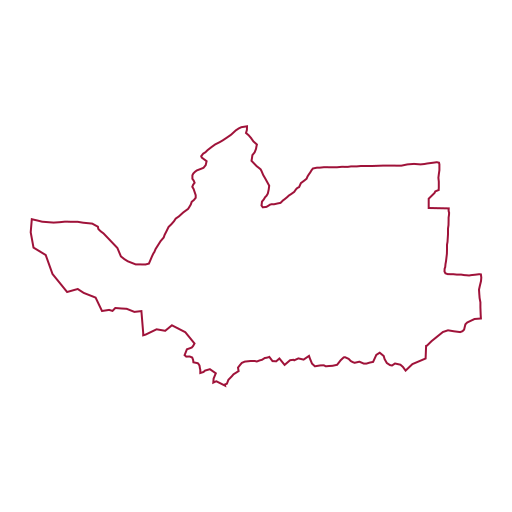 Odeda, Ogun, Nigeria (Albers equal-area conic projection)
{"feature_id": "59680162B82944797684000", "entity_name": "Odeda", "entity_type": "district", "adm_level": 2, "iso_a3": "NGA", "parent_name": "Nigeria", "parent_adm1": "Ogun", "projection": "albers", "projection_center": [3.501, 7.325], "detail": "fine", "context": "isolated", "style": "outline", "palette": "rose", "viewbox_px": 512, "rotation_deg": 0, "n_neighbors": 0, "source": "geoboundaries", "source_scale": "gbopen_adm2", "svg_char_len": 4349}
<svg xmlns="http://www.w3.org/2000/svg" viewBox="0 0 512 512"><path d="M31.8,219.2L30.7,232.3L33.5,247.6L45.7,255.0L52.5,274.0L67.1,292.0L77.7,289.0L83.7,292.9L95.6,297.6L102.0,311.0L109.1,309.9L112.5,310.9L115.3,308.0L121.5,308.5L126.7,308.8L134.4,311.9L141.4,311.1L143.2,333.0L143.2,335.3L145.6,334.6L156.6,329.3L165.2,330.8L171.9,325.3L185.3,332.2L194.5,343.5L193.1,346.0L191.8,347.5L190.3,348.1L186.9,349.3L184.7,354.9L184.6,355.1L186.2,356.6L189.7,356.5L192.2,357.5L193.1,359.9L193.4,362.3L197.8,363.2L198.8,364.4L199.5,365.6L200.0,368.8L200.3,369.8L200.3,373.0L203.5,372.0L205.0,370.6L209.9,369.2L215.8,373.3L213.6,378.6L213.3,382.6L215.2,381.7L216.4,381.3L225.1,385.7L224.9,384.5L226.9,383.7L228.4,379.8L231.9,376.2L233.5,374.3L238.6,371.1L238.0,367.6L240.1,364.9L241.8,362.9L244.8,361.6L248.7,361.2L250.5,361.0L254.8,361.0L256.8,361.5L260.0,360.3L262.0,359.8L264.8,358.0L266.3,357.8L268.7,357.2L269.3,356.9L272.5,361.1L276.2,361.3L279.4,358.5L284.6,364.9L290.1,360.2L293.5,359.8L294.2,360.3L298.4,358.4L303.6,359.6L309.0,355.9L309.9,358.5L312.0,363.6L314.9,366.3L320.4,365.4L323.8,365.3L325.8,366.3L329.1,366.0L332.5,365.8L337.1,364.8L340.7,360.2L343.7,357.4L345.0,357.2L348.7,358.9L350.7,361.0L352.7,362.1L354.6,362.8L359.4,361.7L363.8,363.6L366.4,363.6L369.7,362.6L373.1,361.9L376.3,354.9L379.7,352.7L383.7,356.0L384.6,359.1L386.8,363.0L390.0,365.1L392.0,365.5L395.0,363.5L400.4,364.7L402.9,366.9L405.6,370.6L412.4,364.1L425.6,358.5L426.1,345.9L427.0,345.6L431.7,341.0L442.9,332.0L448.0,330.3L454.0,331.3L460.2,332.1L462.5,331.2L464.1,329.6L465.4,324.3L467.2,322.5L474.5,319.0L480.9,318.5L480.7,315.1L480.4,307.3L480.4,302.3L480.0,300.2L479.6,298.0L479.3,294.2L479.0,289.6L479.8,286.0L481.0,281.1L481.3,277.6L480.9,274.4L479.2,274.2L475.3,274.7L471.3,275.1L469.1,275.5L467.1,275.3L464.3,275.1L461.2,274.6L456.8,274.6L453.3,274.2L450.7,274.2L447.6,274.1L445.4,273.3L445.1,272.7L444.5,271.5L444.6,268.8L445.2,267.1L445.5,264.0L446.0,261.3L446.9,253.8L447.0,249.8L447.0,247.2L447.0,244.7L447.5,241.9L448.0,234.3L448.0,232.6L448.0,228.6L448.1,227.8L448.5,225.1L448.6,219.7L448.6,217.5L449.0,214.9L449.1,212.7L448.6,210.9L448.7,208.4L428.7,208.0L428.7,198.7L434.5,193.0L435.3,191.4L438.7,190.0L438.7,189.6L438.8,187.3L438.8,186.5L438.8,186.0L438.8,184.3L438.8,181.7L438.4,177.7L438.9,173.7L439.4,170.2L439.4,167.5L439.4,164.4L439.0,162.7L436.8,162.2L433.3,162.7L427.1,163.5L424.5,164.0L420.5,164.4L414.0,163.9L407.4,164.4L401.2,165.7L392.8,165.6L389.6,165.6L388.5,165.6L383.2,165.6L372.2,166.0L366.9,166.0L361.1,166.0L360.8,166.0L356.8,166.4L351.1,166.4L347.6,166.9L341.9,166.8L336.6,167.3L323.9,167.2L319.5,167.7L316.8,167.7L312.9,168.5L311.5,170.3L310.2,172.5L308.9,174.3L307.5,176.5L306.6,178.7L304.4,180.5L300.9,183.1L299.1,187.1L297.3,188.0L296.0,189.3L294.2,191.9L291.1,194.1L288.9,195.5L287.1,197.2L284.4,199.4L283.1,200.3L281.8,201.6L280.5,202.9L277.8,203.4L276.1,203.8L273.9,204.3L271.7,204.2L269.9,204.7L268.6,205.6L266.4,206.9L262.8,207.3L261.5,205.5L262.0,201.6L262.3,201.2L263.8,199.4L265.1,197.2L266.5,195.8L267.8,193.6L268.7,189.6L269.2,185.7L267.5,182.6L265.3,178.6L263.2,175.0L261.5,171.0L260.6,169.3L258.4,167.5L256.7,166.2L251.5,160.8L251.9,158.6L252.4,155.1L254.6,152.4L256.0,148.9L256.4,146.7L256.9,144.5L253.4,141.4L251.2,138.3L251.2,138.2L248.6,135.2L246.0,133.0L246.9,129.9L247.0,126.3L241.3,127.2L238.6,128.5L237.6,129.2L235.9,130.3L231.1,134.7L226.6,137.8L222.7,140.4L219.6,142.2L215.2,144.4L211.6,147.0L207.6,150.1L205.4,152.3L203.2,153.6L201.2,156.2L201.8,157.6L206.6,161.2L205.7,165.1L205.4,165.5L203.5,167.8L201.3,168.7L196.9,170.4L195.1,171.7L193.3,173.5L192.4,175.3L192.4,178.8L193.7,180.6L194.6,182.8L193.2,184.6L192.3,186.8L193.6,189.0L195.7,195.2L195.7,197.8L193.9,200.0L191.7,201.8L191.2,203.3L190.8,204.5L189.5,206.7L188.1,208.9L183.3,212.4L178.9,216.4L175.7,218.6L174.0,221.2L171.3,224.3L168.6,226.9L166.4,231.4L164.6,234.9L163.7,237.5L160.6,241.1L157.0,246.8L155.6,249.0L154.3,252.1L153.4,253.4L152.1,256.1L149.6,262.0L148.9,263.6L145.4,264.5L139.2,264.4L135.7,264.4L127.8,261.3L124.3,259.1L120.9,256.4L117.4,248.0L115.7,246.2L103.5,233.4L100.8,231.4L100.5,231.1L99.5,230.2L98.3,228.9L97.9,226.7L96.0,225.7L92.2,223.6L83.0,222.7L77.7,221.8L70.7,221.8L68.0,221.7L64.5,221.7L59.7,222.2L53.6,222.6L42.1,221.7L38.6,220.8L37.4,220.5L34.7,219.9L31.8,219.2Z" fill="none" stroke="#9f1239" stroke-width="2"/></svg>